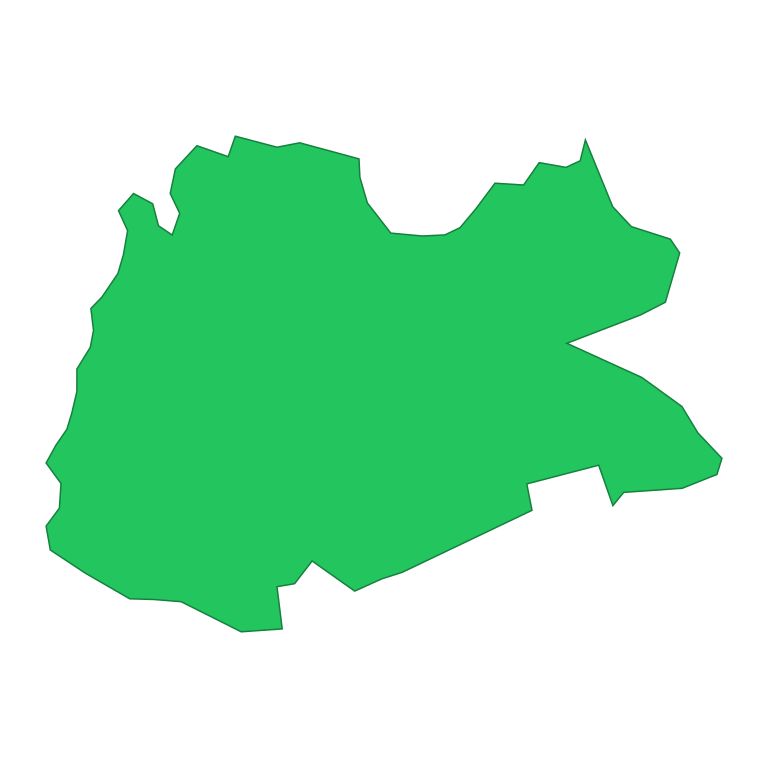 outline of Cerro Grande, Rio Grande do Sul, Brazil
{"feature_id": "56859067B54917241472835", "entity_name": "Cerro Grande", "entity_type": "district", "adm_level": 2, "iso_a3": "BRA", "parent_name": "Brazil", "parent_adm1": "Rio Grande do Sul", "projection": "orthographic", "projection_center": [-53.164, -27.629], "detail": "fine", "context": "isolated", "style": "filled", "palette": "green", "viewbox_px": 768, "rotation_deg": 0, "n_neighbors": 0, "source": "geoboundaries", "source_scale": "gbopen_adm2", "svg_char_len": 1018}
<svg xmlns="http://www.w3.org/2000/svg" viewBox="0 0 768 768"><path d="M585.4,139.9L580.2,160.8L565.9,167.4L539.2,162.6L523.6,185.0L495.0,183.2L476.1,208.5L460.1,227.6L444.9,234.9L422.4,236.0L390.8,233.1L367.4,203.0L359.9,177.3L359.0,158.9L299.7,142.8L277.0,147.2L235.3,136.2L228.2,156.7L196.9,145.7L175.4,168.9L170.2,193.5L179.7,213.3L172.2,235.0L158.5,225.8L152.7,203.8L133.5,193.5L118.5,210.7L127.6,230.6L123.4,254.8L117.9,273.5L102.0,297.0L90.9,308.4L93.5,330.4L90.3,347.3L76.9,369.0L76.9,391.4L71.8,413.1L66.9,429.2L55.8,445.4L46.1,463.0L61.0,483.5L59.4,508.1L46.1,526.1L50.3,550.0L85.2,573.1L129.7,598.8L153.8,599.5L181.1,601.7L241.2,631.8L282.2,628.9L277.0,586.7L294.6,583.7L312.1,561.0L354.7,591.1L381.7,578.9L402.2,572.3L532.0,510.3L526.8,483.9L598.7,465.2L612.9,505.6L623.7,492.4L682.2,488.3L717.0,474.4L721.9,458.3L697.9,432.9L681.9,406.5L641.9,377.5L566.8,343.3L640.4,315.0L665.4,302.2L679.7,253.0L670.3,239.1L631.3,226.6L612.7,206.7L585.4,139.9Z" fill="#22c55e" stroke="#15803d" stroke-width="1.5"/></svg>